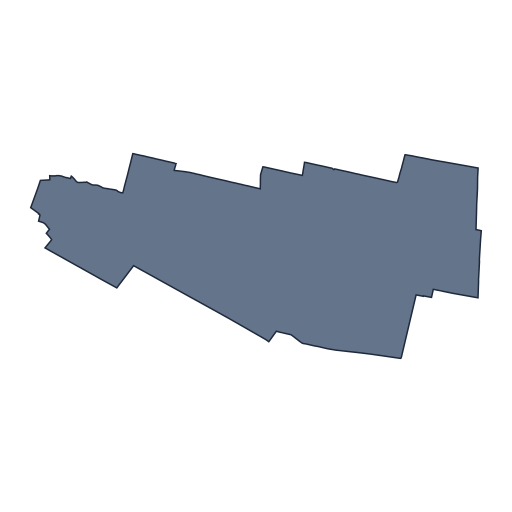 the district of Brastavatu, Olt, Romania
{"feature_id": "2599482B94016729374346", "entity_name": "Brastavatu", "entity_type": "district", "adm_level": 2, "iso_a3": "ROU", "parent_name": "Romania", "parent_adm1": "Olt", "projection": "robinson", "projection_center": [24.396, 43.91], "detail": "fine", "context": "isolated", "style": "filled", "palette": "slate", "viewbox_px": 512, "rotation_deg": 0, "n_neighbors": 0, "source": "geoboundaries", "source_scale": "gbopen_adm2", "svg_char_len": 4823}
<svg xmlns="http://www.w3.org/2000/svg" viewBox="0 0 512 512"><path d="M478.0,297.8L478.5,283.8L478.6,280.7L478.5,280.3L479.5,261.4L479.4,261.0L479.4,259.1L480.6,239.2L481.3,230.7L478.6,230.1L476.0,229.6L476.5,212.7L476.7,203.8L477.2,195.0L477.4,190.6L477.5,188.7L477.6,177.7L477.7,175.6L478.0,170.4L478.1,168.0L476.9,167.8L465.9,165.8L442.9,161.7L440.9,161.4L432.4,159.9L432.0,159.8L430.8,159.6L427.3,158.8L425.9,158.6L425.4,158.5L422.6,157.9L420.7,157.6L420.1,157.5L416.6,156.8L413.2,156.1L412.5,155.9L411.2,155.7L409.9,155.5L409.1,155.4L407.7,155.1L406.9,155.0L406.4,154.9L405.6,154.8L405.1,154.7L405.0,154.8L404.9,155.0L404.6,156.4L404.5,156.8L404.4,156.9L403.9,158.9L403.7,159.6L403.7,159.8L403.2,161.7L402.8,163.1L402.7,163.4L402.5,164.3L402.0,166.1L401.6,167.9L401.3,168.9L401.0,169.7L401.0,169.9L400.7,170.7L400.5,171.5L400.2,172.3L400.0,173.2L399.8,173.7L399.6,174.7L399.4,175.3L399.3,175.7L399.2,176.1L399.1,176.8L398.8,177.7L398.7,178.1L398.4,179.0L398.2,179.7L398.0,180.4L397.8,181.0L397.7,181.6L397.4,182.2L396.9,182.4L396.4,182.5L394.4,182.1L391.3,181.5L388.4,180.8L386.0,180.3L384.8,180.0L383.4,179.7L383.1,179.6L381.5,179.3L378.5,178.6L375.7,178.0L372.6,177.3L370.1,176.8L367.4,176.2L366.9,176.1L366.5,176.0L364.5,175.6L361.4,174.9L358.1,174.1L355.5,173.6L350.5,172.4L347.0,171.6L344.7,171.1L343.8,170.9L339.9,170.1L337.5,169.5L335.0,169.0L334.6,168.9L334.2,169.3L334.0,169.6L333.5,169.5L333.2,169.2L333.0,168.9L332.5,168.6L332.0,168.2L329.9,167.8L327.3,167.2L323.4,166.3L322.4,166.1L321.5,165.9L318.1,165.2L311.8,163.8L307.9,162.9L306.1,162.5L304.5,162.3L304.2,164.5L303.8,166.8L303.4,169.1L303.1,171.0L302.9,172.3L302.7,173.6L302.3,175.4L296.7,174.2L290.4,172.9L288.4,172.4L287.8,172.3L284.8,171.6L284.6,171.6L283.2,171.2L273.7,169.1L266.1,167.4L264.4,167.0L262.9,166.8L260.6,174.5L260.5,175.5L260.5,177.2L260.4,178.7L260.4,180.7L260.4,182.8L260.4,184.8L260.3,185.9L260.3,187.5L260.3,188.8L255.9,187.8L249.1,186.2L247.7,185.8L244.9,185.3L243.8,185.0L242.6,184.7L241.4,184.4L238.7,183.8L235.8,183.1L231.0,182.1L226.4,180.9L219.6,179.4L212.9,177.9L209.9,177.2L204.0,175.8L200.8,175.0L199.8,174.7L198.3,174.4L196.5,174.0L196.0,174.0L195.8,173.9L195.4,173.8L195.2,173.6L194.5,173.5L193.7,173.3L192.6,173.1L191.1,172.7L189.6,172.4L187.5,172.1L186.4,171.9L185.2,171.7L182.8,171.4L181.1,171.2L179.4,171.0L177.0,170.7L174.4,170.5L174.2,170.4L174.5,169.0L174.8,168.0L175.2,166.6L175.6,165.5L175.7,164.7L175.8,164.1L176.0,163.7L175.6,163.7L175.2,163.5L174.5,163.1L174.0,163.0L172.9,162.7L171.3,162.4L168.9,161.8L167.5,161.5L166.0,161.2L165.3,161.0L164.8,160.9L164.4,160.8L163.8,160.6L163.3,160.5L162.0,160.2L160.7,159.9L159.8,159.7L158.8,159.5L157.6,159.2L156.5,159.0L154.9,158.6L154.3,158.4L152.1,157.9L149.9,157.4L149.1,157.3L148.1,157.0L146.7,156.7L145.3,156.3L144.0,156.0L142.1,155.6L140.8,155.4L139.9,155.2L138.8,154.9L136.8,154.5L134.3,153.9L133.1,153.6L132.8,153.6L130.7,162.1L129.3,167.6L127.6,174.5L125.9,180.9L125.2,183.5L124.6,185.7L123.6,190.0L122.8,192.8L121.8,192.8L120.7,192.6L119.4,192.1L118.8,191.9L118.2,191.6L117.8,191.3L117.3,190.8L116.6,190.4L116.1,190.1L115.3,189.9L111.0,189.2L109.8,189.1L108.0,188.7L106.4,188.5L105.6,188.4L104.9,188.3L103.9,188.1L103.6,188.0L103.0,187.9L102.4,187.6L101.8,187.2L101.1,186.8L100.5,186.5L100.0,186.3L99.3,185.9L98.5,185.6L98.1,185.4L97.7,185.3L97.3,185.2L96.4,185.1L95.4,185.1L94.9,185.0L94.1,185.0L93.5,185.0L92.9,185.0L92.2,184.8L91.9,184.7L90.8,184.2L89.7,183.6L88.3,182.9L87.6,182.5L86.9,182.0L86.4,182.0L86.0,182.3L85.4,182.3L84.9,182.2L84.4,182.2L84.0,182.3L83.5,182.3L82.5,182.4L81.7,182.4L81.0,182.4L79.9,182.5L78.7,182.5L77.9,182.4L77.4,182.3L77.0,182.0L76.5,181.6L76.1,181.2L75.5,180.5L74.7,179.5L74.1,178.8L72.9,177.5L72.1,176.8L71.5,176.2L71.3,176.1L70.4,178.5L69.5,178.3L68.6,178.1L67.9,177.9L66.8,177.7L65.4,177.4L63.8,176.9L62.7,176.5L61.8,176.1L61.0,176.0L60.0,175.8L59.4,175.7L58.7,175.6L57.8,175.6L57.1,175.6L56.2,175.7L55.2,175.9L54.5,175.9L54.2,175.9L53.0,175.9L51.6,175.9L51.3,175.9L50.6,175.8L50.0,175.7L49.7,175.7L49.8,178.4L49.8,179.8L49.1,179.9L40.4,180.4L37.6,188.7L30.7,207.7L38.9,213.6L38.6,214.0L40.0,215.0L39.7,216.4L38.6,221.2L38.9,221.3L39.3,221.4L40.2,221.7L40.7,221.8L40.9,221.9L43.1,222.6L44.1,223.2L44.9,223.8L45.9,224.8L48.4,228.0L49.5,229.2L46.3,233.3L49.5,236.8L51.6,239.5L51.3,240.2L45.0,247.9L51.2,251.4L71.1,262.5L85.6,270.6L100.8,279.1L114.1,286.4L116.8,287.9L117.5,287.0L119.9,283.7L120.7,282.7L133.6,265.7L161.6,281.2L227.4,317.6L265.7,339.5L268.8,341.7L276.4,331.2L277.8,331.7L291.2,334.8L299.7,341.4L302.1,343.1L303.6,343.6L305.8,343.9L314.4,345.9L318.0,346.5L324.8,348.1L326.9,348.6L329.0,349.0L336.3,350.2L359.9,352.8L370.5,354.1L381.8,355.7L400.5,358.4L401.2,357.9L416.1,294.9L423.3,296.3L423.4,295.9L431.5,297.4L433.3,289.3L452.7,293.3L478.0,297.8Z" fill="#64748b" stroke="#1e293b" stroke-width="1.5"/></svg>